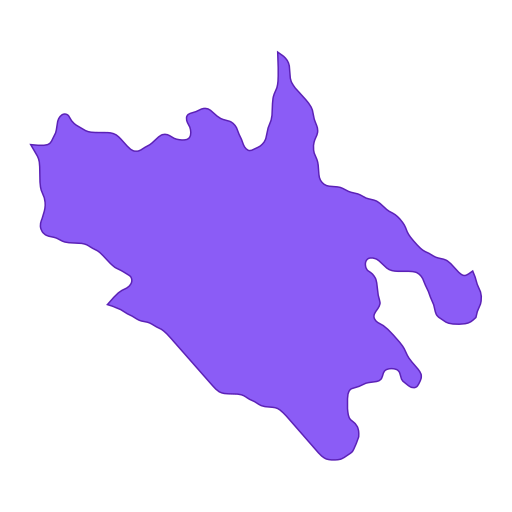 Polo, Barahona, Dominican Republic
{"feature_id": "3306468B683162392169", "entity_name": "Polo", "entity_type": "district", "adm_level": 2, "iso_a3": "DOM", "parent_name": "Dominican Republic", "parent_adm1": "Barahona", "projection": "natural_earth1", "projection_center": [-71.293, 18.122], "detail": "fine", "context": "isolated", "style": "filled", "palette": "violet", "viewbox_px": 512, "rotation_deg": 0, "n_neighbors": 0, "source": "geoboundaries", "source_scale": "gbopen_adm2", "svg_char_len": 5284}
<svg xmlns="http://www.w3.org/2000/svg" viewBox="0 0 512 512"><path d="M277.7,52.1L278.2,67.5L278.2,76.1L278.0,81.2L277.6,84.5L276.9,87.7L274.2,94.0L273.3,96.9L273.0,98.5L272.5,103.5L272.0,115.3L271.1,120.2L268.1,128.0L265.9,138.2L265.4,139.6L264.1,142.1L262.3,144.2L260.3,146.0L258.0,147.3L251.6,150.3L249.3,150.6L248.2,150.3L246.2,148.9L244.6,147.0L243.4,144.6L241.5,139.4L239.1,134.4L236.5,127.7L235.0,125.4L233.1,123.4L231.0,121.9L229.7,121.3L223.2,119.5L220.7,118.5L217.1,116.1L210.5,110.3L208.0,108.9L205.4,108.4L204.0,108.4L201.5,109.0L196.0,111.6L190.2,113.4L188.1,114.5L187.3,115.5L186.7,116.6L186.5,117.9L186.7,120.5L187.5,122.7L189.8,127.1L190.5,129.7L190.8,132.5L190.5,135.3L190.0,136.6L189.3,137.8L188.2,138.7L187.1,139.4L184.6,139.9L182.0,140.0L179.3,139.7L176.6,139.2L174.1,138.3L169.7,135.7L167.5,134.7L164.9,134.3L162.2,134.7L161.0,135.3L158.6,136.9L152.1,142.9L149.8,144.7L145.0,147.3L140.8,150.0L138.4,151.0L137.1,151.2L134.4,151.1L133.1,150.7L130.6,149.3L127.2,146.1L120.8,139.0L118.6,136.8L116.2,134.9L113.4,133.6L110.6,132.9L107.6,132.6L95.5,132.5L91.0,132.2L88.1,131.6L85.5,130.6L76.3,125.2L74.2,123.6L71.6,120.8L68.6,115.8L67.8,115.0L66.7,114.4L65.6,114.1L64.3,114.0L63.1,114.3L62.0,114.8L60.1,116.5L58.7,118.6L57.7,121.3L56.3,130.1L55.6,132.9L51.5,141.2L49.9,143.3L47.7,144.6L43.9,145.3L38.3,145.3L30.7,144.6L37.4,156.1L38.5,158.7L39.3,161.9L39.7,166.8L40.0,182.0L40.5,187.0L41.2,190.1L44.3,197.8L45.1,202.3L45.2,205.3L44.9,208.4L44.3,211.2L42.1,218.6L41.3,220.7L40.6,223.2L40.4,226.2L40.6,227.7L41.0,229.1L42.2,231.6L43.0,232.7L45.0,234.5L46.1,235.2L48.7,236.2L53.9,237.3L56.5,238.1L62.3,241.1L64.8,242.0L68.9,242.7L81.7,243.4L84.5,244.0L87.0,244.9L92.6,248.3L97.5,250.8L99.8,252.5L103.0,255.6L110.3,263.4L112.5,265.4L114.8,267.3L116.0,268.0L120.9,270.4L123.2,271.7L129.2,275.4L130.2,276.2L131.0,277.2L131.5,278.4L131.8,279.7L131.8,281.1L131.5,282.5L131.0,283.7L129.5,285.8L128.6,286.6L126.6,288.1L121.9,290.4L118.3,292.9L113.8,297.3L107.4,304.6L112.2,306.1L120.7,309.6L127.4,313.8L132.3,316.2L136.8,319.0L139.1,320.2L141.4,321.0L147.4,322.2L149.7,323.0L152.0,324.2L156.5,326.9L161.4,329.3L163.7,331.0L167.0,334.0L171.1,338.5L212.7,385.8L215.8,389.1L219.2,391.8L221.8,392.9L224.3,393.5L228.3,393.8L237.7,394.1L241.5,394.8L244.0,395.8L249.5,399.3L254.5,401.6L258.9,404.4L261.2,405.6L264.9,406.6L272.6,407.3L275.2,407.7L277.6,408.5L280.0,410.0L283.3,412.9L286.4,416.1L318.5,452.9L321.6,456.0L323.9,457.7L325.1,458.4L326.3,459.0L328.9,459.6L331.5,459.9L335.4,459.9L338.0,459.7L340.6,459.2L341.8,458.7L344.1,457.5L350.8,453.0L352.3,451.7L352.9,450.8L353.9,448.9L356.3,443.4L358.7,436.8L358.8,433.8L358.6,430.9L357.9,428.1L357.4,426.8L355.2,423.6L353.4,422.0L350.7,419.8L349.9,418.8L349.2,417.7L348.3,414.9L347.8,411.8L347.5,408.6L347.5,398.7L348.0,394.0L349.0,391.3L349.8,390.1L350.7,389.2L351.8,388.6L359.0,386.4L365.9,383.2L368.6,382.6L376.6,381.5L378.9,380.8L380.8,379.4L381.5,378.5L382.4,376.3L383.4,373.0L384.6,370.9L385.6,370.1L386.6,369.5L389.0,368.8L391.5,368.6L394.1,368.8L396.5,369.5L397.6,370.1L398.5,371.0L399.3,372.0L399.8,373.2L401.5,379.1L402.9,381.2L408.5,385.7L410.6,387.0L411.7,387.4L414.2,387.7L415.4,387.4L416.6,386.8L417.5,385.9L418.8,383.8L420.3,380.7L421.1,378.4L421.3,377.1L421.3,375.7L421.1,374.3L419.8,371.6L418.1,369.2L411.9,362.0L409.0,358.2L407.4,355.5L404.2,348.7L402.6,346.1L399.7,342.3L393.4,335.1L387.9,329.4L383.3,325.6L377.6,322.4L375.8,320.8L374.5,318.8L374.1,317.7L373.9,316.4L374.1,315.0L374.5,313.8L375.7,311.6L377.9,308.5L379.2,306.2L380.0,303.7L380.0,302.5L379.5,300.1L378.2,295.1L376.7,282.8L376.0,279.8L375.5,278.4L374.1,276.1L372.5,274.1L370.6,272.5L367.8,270.6L367.0,269.7L365.8,267.4L365.4,264.9L365.4,263.5L365.6,262.2L366.1,260.9L366.9,259.7L367.9,258.8L369.1,258.2L370.3,258.0L372.8,258.0L375.4,258.7L376.7,259.2L379.1,260.9L386.7,268.0L389.2,269.6L392.0,270.6L394.9,271.1L397.9,271.3L408.5,271.3L412.9,271.6L415.7,272.2L417.1,272.8L419.3,274.3L421.2,276.3L422.7,278.6L425.4,285.2L428.4,291.5L430.4,297.1L433.7,304.8L435.3,311.7L436.2,314.2L436.9,315.4L438.6,317.2L445.9,322.1L448.6,323.2L453.0,324.0L459.2,324.2L465.2,323.7L468.1,323.0L470.7,321.8L472.9,320.2L475.9,317.5L477.3,311.6L480.5,304.0L481.1,301.0L481.3,296.4L480.5,291.9L477.2,284.3L475.1,277.0L472.7,271.0L468.6,273.9L466.6,275.0L465.5,275.4L464.3,275.5L463.1,275.3L462.0,274.8L460.9,274.1L458.8,272.4L450.8,263.7L447.4,260.9L446.2,260.2L443.6,259.2L438.3,258.0L435.7,257.2L433.4,256.0L428.9,253.3L425.2,251.6L422.7,250.1L420.5,248.3L417.3,245.1L413.2,240.5L410.3,236.9L408.6,234.4L407.2,231.8L405.6,227.7L404.3,225.0L402.6,222.4L399.7,218.8L397.5,216.6L395.2,214.7L392.8,213.2L389.2,211.3L386.8,209.6L380.1,203.5L377.7,201.8L376.4,201.0L373.9,200.1L368.5,198.8L365.9,198.0L360.2,194.9L357.8,193.9L351.1,192.3L348.5,191.4L342.7,188.4L340.2,187.4L337.5,186.9L329.2,186.2L326.6,185.6L324.1,184.3L322.1,182.5L320.5,180.3L319.4,177.5L318.9,174.5L318.2,165.3L317.7,162.2L316.9,159.5L314.2,153.1L313.6,150.1L313.5,145.5L314.0,142.5L314.8,139.8L316.9,135.0L317.6,132.3L317.7,130.8L317.4,127.9L316.6,125.4L315.1,121.6L314.2,119.0L312.4,110.1L311.2,107.2L308.7,103.3L305.7,99.6L295.1,87.9L293.3,85.3L291.7,82.6L291.1,81.2L290.3,78.2L289.3,65.9L288.5,63.0L287.2,60.4L285.5,58.2L283.6,56.3L277.7,52.1Z" fill="#8b5cf6" stroke="#5b21b6" stroke-width="1.5"/></svg>